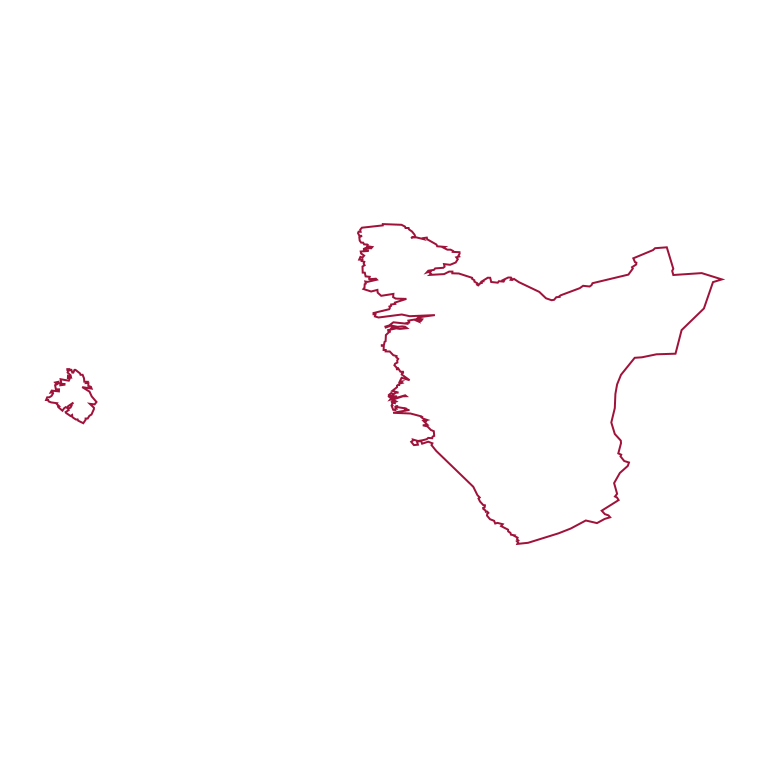 the district of Haugesund nor, Rogaland, Norway
{"feature_id": "86288312B97968708027313", "entity_name": "Haugesund nor", "entity_type": "district", "adm_level": 2, "iso_a3": "NOR", "parent_name": "Norway", "parent_adm1": "Rogaland", "projection": "natural_earth1", "projection_center": [5.258, 59.444], "detail": "fine", "context": "isolated", "style": "outline", "palette": "rose", "viewbox_px": 768, "rotation_deg": 0, "n_neighbors": 0, "source": "geoboundaries", "source_scale": "gbopen_adm2", "svg_char_len": 6034}
<svg xmlns="http://www.w3.org/2000/svg" viewBox="0 0 768 768"><path d="M539.3,291.9L518.8,282.1L514.0,278.9L512.2,280.0L510.7,279.8L511.6,278.4L510.9,277.5L508.2,277.5L501.5,280.8L504.1,280.7L503.6,281.6L498.9,281.2L497.8,282.7L491.2,282.0L490.2,277.8L487.8,277.7L483.0,280.7L483.3,281.3L481.5,281.5L480.7,282.6L482.7,282.9L480.6,283.1L478.2,285.4L477.0,284.6L478.1,283.0L477.4,283.4L474.4,281.6L474.4,280.3L472.1,278.8L472.1,277.8L458.8,273.5L452.3,273.3L452.4,271.6L449.1,271.6L444.1,274.1L430.0,274.9L431.2,274.0L429.8,272.8L431.0,271.1L426.7,272.5L428.3,270.7L433.9,269.9L435.2,268.4L443.3,267.8L444.6,266.7L444.0,264.1L450.1,264.8L455.7,262.5L457.8,259.2L456.3,257.3L459.2,256.5L458.5,255.5L459.6,253.7L459.5,252.2L452.8,251.9L453.1,251.0L450.6,249.7L447.4,249.7L443.3,247.6L444.7,246.9L437.2,246.3L436.4,244.5L427.2,239.3L426.8,237.6L423.3,238.1L424.2,239.3L416.4,237.4L412.6,237.4L411.2,238.3L412.3,237.0L415.4,237.0L414.5,234.6L412.0,231.5L409.0,229.4L408.6,228.0L405.5,228.0L405.0,226.6L401.5,224.8L382.8,224.1L382.8,225.4L361.9,227.7L360.2,229.7L360.6,231.8L358.6,231.7L358.0,233.1L359.4,235.8L362.0,235.9L359.3,237.2L359.7,240.6L361.1,242.6L363.2,242.7L364.1,244.4L367.2,244.5L367.7,244.8L367.2,246.2L372.3,247.0L371.2,248.3L366.0,247.9L363.9,248.8L363.9,249.5L368.0,250.3L367.9,251.0L360.7,251.5L361.1,253.5L364.1,255.6L362.4,257.6L360.4,256.9L359.2,259.6L362.3,259.7L361.7,261.0L364.3,261.8L363.7,263.8L364.6,265.2L362.5,266.5L362.7,272.6L364.8,272.7L365.6,276.4L369.7,276.8L369.1,278.9L369.6,279.2L375.9,278.7L376.9,279.7L367.4,281.9L365.3,281.5L365.8,283.6L364.7,284.2L364.5,287.6L363.4,289.0L371.1,291.5L377.4,289.9L377.7,292.7L381.2,295.8L393.4,293.9L393.1,297.1L395.7,298.6L406.4,298.9L394.9,302.6L395.3,303.9L391.1,304.5L391.1,305.9L389.4,306.5L389.9,307.9L389.3,309.2L373.5,313.0L373.5,314.3L375.5,314.4L374.9,316.4L378.5,317.5L401.8,314.5L409.7,316.2L434.9,315.1L418.5,317.3L417.3,318.4L422.2,319.3L421.0,320.9L418.9,321.1L419.2,321.8L416.6,320.7L419.7,319.3L416.6,320.3L415.3,319.4L408.4,320.6L408.9,322.1L410.0,322.4L406.5,323.1L408.5,323.9L393.4,322.3L390.2,324.7L390.7,325.0L385.4,326.6L385.7,327.5L391.1,325.6L397.6,326.8L402.2,326.4L405.0,326.7L407.0,328.2L399.8,328.9L391.6,327.7L391.2,328.3L393.3,329.0L388.1,330.1L388.4,331.3L390.7,331.6L389.3,331.9L385.9,335.0L385.6,341.2L384.6,341.8L383.9,345.2L381.8,345.2L381.8,345.8L383.8,345.9L383.6,350.0L385.7,350.0L385.6,351.4L389.8,351.5L393.3,355.2L396.6,356.1L396.3,357.3L398.2,358.9L397.2,360.4L397.4,362.5L395.1,363.7L394.4,365.3L397.1,368.1L398.7,368.0L396.1,369.3L398.8,369.2L400.4,371.7L402.8,371.8L402.7,372.4L403.9,372.7L402.2,372.8L401.7,374.5L409.6,380.2L401.6,377.8L399.7,381.7L401.7,381.5L401.0,382.0L402.2,382.9L399.3,383.6L399.2,385.0L398.0,384.9L397.0,385.7L397.1,387.1L392.3,390.9L398.5,392.6L395.9,392.7L393.5,394.3L391.3,393.0L388.8,395.0L388.9,396.3L392.5,395.4L392.9,395.9L392.4,396.2L397.0,396.4L394.3,397.5L390.3,397.5L391.3,398.2L390.1,399.7L405.2,395.3L406.3,396.2L402.9,396.3L392.6,399.6L392.3,400.8L394.7,400.6L396.2,401.5L394.7,402.0L394.8,403.1L392.0,402.5L392.4,403.6L391.7,405.4L392.3,405.7L391.8,406.2L393.2,409.8L395.4,410.0L395.4,408.5L396.4,408.6L395.4,406.8L396.3,406.1L397.2,406.1L397.2,407.1L404.9,408.3L404.7,408.6L404.9,409.1L405.1,408.3L406.1,408.7L404.7,410.1L409.5,409.9L393.1,412.8L410.4,413.5L421.4,416.4L422.0,416.8L421.5,417.3L423.3,418.7L427.2,420.0L425.9,420.4L427.0,421.4L424.6,420.3L424.0,420.5L425.8,421.3L423.9,421.3L427.4,424.8L422.8,425.3L427.4,426.4L430.9,430.0L433.8,431.2L434.2,435.9L432.6,436.6L432.2,438.2L428.2,437.9L426.7,439.2L422.4,440.3L418.0,441.0L412.8,439.5L413.0,440.5L411.2,441.8L413.9,445.1L417.9,444.7L417.0,441.6L421.1,441.0L422.1,443.7L428.2,441.7L432.4,443.3L431.5,445.1L436.2,450.9L473.3,486.8L477.4,495.1L479.7,497.5L478.5,498.5L480.0,501.5L483.2,505.0L485.7,505.4L484.7,505.7L484.6,507.4L483.1,508.0L483.3,508.9L485.5,510.5L485.8,511.8L487.2,511.6L488.4,512.9L486.6,514.5L487.2,514.2L487.0,515.6L490.0,519.2L494.1,520.8L495.2,523.5L497.5,522.9L502.7,524.2L501.1,526.1L508.1,529.7L508.2,531.4L510.4,532.8L511.0,534.7L514.4,535.3L514.0,535.7L517.6,537.7L517.0,539.1L518.3,540.5L516.9,541.2L518.1,542.5L517.4,543.9L528.1,542.8L558.6,533.3L570.8,528.5L585.8,520.5L597.0,523.1L604.7,518.9L610.1,517.3L608.5,515.4L604.8,514.1L601.7,510.7L618.6,500.1L617.0,497.5L615.0,496.5L617.1,493.8L614.1,483.1L619.9,472.9L627.8,465.9L629.0,462.5L624.2,461.0L620.5,456.4L621.2,454.7L618.3,453.4L621.0,443.2L620.8,440.6L614.8,434.0L611.3,422.5L614.8,408.1L615.4,393.9L617.1,384.4L621.0,374.8L634.7,357.8L641.9,357.3L656.5,354.3L675.5,353.7L681.6,330.1L703.9,308.5L713.0,282.1L721.9,279.4L701.7,273.1L673.3,275.0L672.2,270.9L673.3,268.8L666.8,247.3L655.1,248.2L653.0,250.1L633.3,258.3L635.0,262.1L636.4,262.7L636.2,264.5L632.0,267.2L632.8,268.6L628.4,274.6L592.5,283.2L591.5,285.2L589.6,286.5L583.1,285.8L579.7,288.2L560.7,295.3L559.5,296.1L559.6,296.9L556.3,297.2L554.1,299.8L551.6,300.2L546.0,298.3L539.3,291.9ZM69.4,369.1L67.3,369.1L67.3,369.8L68.3,369.8L67.6,372.5L70.6,375.3L71.0,377.3L68.0,375.9L67.9,378.0L70.0,378.0L68.8,380.7L60.6,379.2L61.4,383.9L64.5,384.0L64.5,384.7L60.3,385.3L60.4,383.2L58.3,383.2L58.4,381.8L55.2,382.5L56.9,384.3L55.1,385.2L55.9,389.3L59.0,389.3L58.9,391.4L51.7,390.6L50.6,392.6L52.7,392.3L53.1,393.3L51.5,396.0L49.3,397.3L47.2,397.3L46.1,400.0L48.2,400.0L48.6,401.4L51.1,402.4L57.0,403.2L56.6,403.8L58.9,406.0L58.0,406.1L58.3,407.1L62.4,410.7L64.2,408.2L65.8,407.1L67.1,407.9L68.1,406.2L73.4,402.6L70.9,405.0L71.6,405.6L70.5,407.6L68.0,408.8L68.7,410.1L65.6,412.1L66.0,412.9L70.5,416.0L72.1,415.0L72.2,416.0L71.5,416.2L73.4,417.9L76.1,419.6L77.6,419.4L78.2,420.7L83.3,423.2L85.6,419.8L85.6,418.5L87.7,418.5L89.4,415.8L91.5,414.5L93.9,409.1L93.9,407.7L89.8,403.8L94.6,404.4L96.5,402.0L91.7,396.4L89.5,391.6L82.2,387.1L91.6,388.6L90.9,386.8L88.3,385.9L88.4,383.1L86.3,383.1L87.4,381.8L84.3,381.7L84.0,378.3L82.6,374.8L80.5,374.8L80.0,373.4L75.5,369.9L74.5,369.9L73.3,372.6L72.3,372.6L71.4,369.9L69.3,370.5L69.4,369.1Z" fill="none" stroke="#9f1239" stroke-width="2"/></svg>